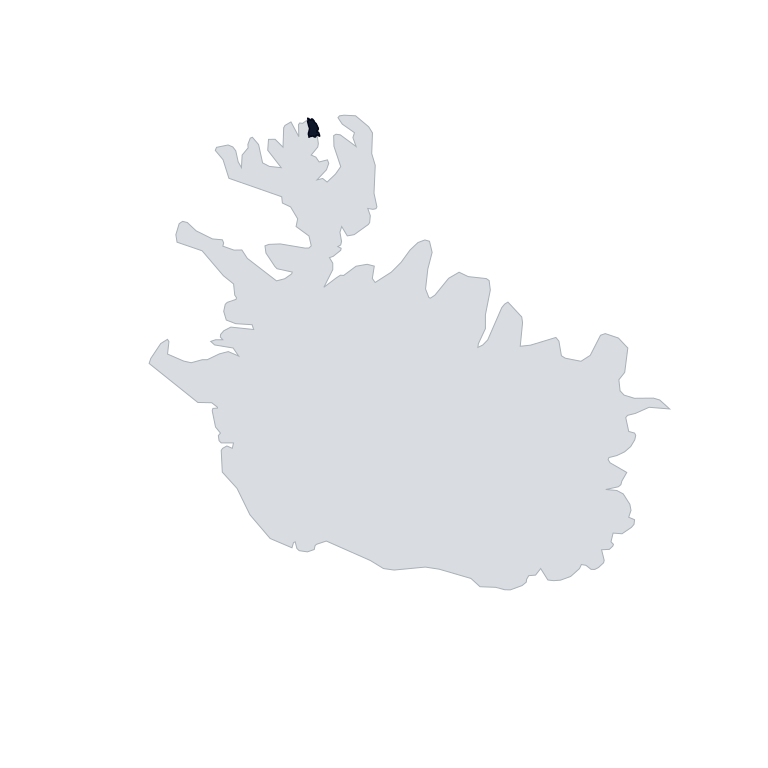 location of Bolungarvíkurkaupstaður, Vestfirðir, Iceland, rotated 42°
{"feature_id": "244011B6311767935335", "entity_name": "Bolungarvíkurkaupstaður", "entity_type": "district", "adm_level": 2, "iso_a3": "ISL", "parent_name": "Iceland", "parent_adm1": "Vestfirðir", "projection": "mercator", "projection_center": [-23.321, 66.137], "detail": "medium", "context": "in_parent", "style": "filled", "palette": "ink", "viewbox_px": 768, "rotation_deg": 42, "n_neighbors": 0, "source": "geoboundaries", "source_scale": "gbopen_adm2", "svg_char_len": 5416}
<svg xmlns="http://www.w3.org/2000/svg" viewBox="0 0 768 768"><g transform="rotate(42 384 384)"><path d="M564.0,231.1L569.9,231.6L579.6,227.1L593.7,214.2L599.6,211.4L613.0,211.4L596.6,223.9L590.5,237.6L586.0,244.3L586.1,247.2L597.6,255.5L603.1,252.8L605.5,253.8L607.7,257.7L609.2,265.4L608.2,273.4L604.9,281.4L600.4,288.1L601.1,290.2L604.7,291.3L623.6,287.3L625.7,297.0L627.4,300.3L626.9,303.6L619.4,314.0L628.2,307.4L635.3,305.6L647.2,308.9L652.1,312.6L655.0,319.3L661.0,317.2L663.7,321.0L663.8,325.0L661.1,336.0L654.0,341.5L658.3,349.4L661.8,349.6L662.5,351.4L662.1,356.1L656.6,361.6L665.6,367.7L666.8,369.9L666.2,376.9L664.7,380.8L661.9,383.2L655.4,383.6L651.5,386.1L652.8,390.4L651.5,402.1L646.4,411.7L641.6,416.7L636.9,420.0L623.9,416.3L624.5,424.6L619.8,429.6L620.7,433.8L622.3,436.0L621.5,441.4L615.6,452.5L611.4,456.1L603.0,460.4L591.0,470.4L578.8,470.3L548.9,484.7L537.2,492.4L516.0,515.5L507.1,521.5L492.0,524.3L446.2,539.3L441.1,548.3L440.9,550.2L442.9,553.7L439.4,560.0L432.5,564.6L429.3,564.5L423.6,560.7L422.9,562.5L425.2,567.3L402.8,575.0L371.9,570.9L344.6,559.9L322.8,557.7L307.5,542.3L307.1,539.9L308.7,535.2L314.3,533.3L311.6,528.5L302.4,536.7L299.4,536.5L295.4,533.2L295.3,529.9L287.6,528.7L274.2,518.8L273.2,516.6L276.4,513.3L275.8,512.7L268.5,513.2L258.0,522.3L195.7,525.9L193.6,521.1L191.0,503.3L193.2,495.7L195.8,496.4L203.1,506.6L219.8,501.0L226.5,497.2L232.8,487.4L236.4,484.2L241.5,471.8L246.6,464.1L257.3,460.5L247.8,458.2L232.0,468.3L226.7,468.3L229.2,463.9L234.6,459.0L230.9,458.6L229.4,456.4L229.3,451.7L232.1,444.2L250.7,430.7L246.3,428.2L233.4,438.4L224.0,442.0L216.3,437.3L212.7,431.0L212.9,428.2L217.4,420.1L216.7,418.6L213.6,417.8L205.3,410.3L192.2,411.0L159.7,406.7L135.3,417.1L129.4,412.3L124.5,401.9L125.5,397.9L129.8,395.6L141.8,395.9L159.4,391.0L167.4,385.0L170.5,386.5L172.0,389.4L182.9,384.9L188.7,379.5L198.4,382.1L235.1,379.3L239.8,372.2L241.7,363.9L240.9,362.2L227.4,369.9L224.3,369.7L208.7,365.7L203.1,361.0L205.0,357.3L213.2,349.3L234.3,335.9L237.2,333.2L237.5,330.0L229.2,324.2L213.3,325.8L209.3,319.0L196.1,314.9L187.4,317.5L182.7,313.3L131.1,334.9L114.3,325.0L102.3,323.3L101.2,320.2L108.2,310.7L113.0,309.0L117.8,309.9L127.0,316.5L133.3,318.6L125.4,308.8L125.0,299.4L122.5,297.0L120.1,290.8L121.1,288.7L130.6,290.0L145.8,300.9L153.2,299.0L162.9,292.0L141.2,288.1L134.5,279.5L139.3,275.0L150.5,275.6L138.0,260.7L137.4,258.1L139.5,251.5L155.2,257.2L146.9,248.4L146.7,246.4L149.1,244.8L150.3,239.3L154.2,237.2L162.1,239.0L174.4,249.3L176.2,252.2L176.7,262.6L181.5,261.0L187.2,262.4L192.0,255.3L195.3,257.0L197.9,263.3L197.6,277.2L200.9,272.3L206.6,272.0L207.5,260.6L206.4,251.4L187.7,240.8L180.4,233.1L181.2,230.5L184.8,228.1L204.4,226.2L196.0,221.7L193.9,217.0L179.1,218.8L171.6,216.9L171.5,214.5L174.4,211.0L183.4,203.7L200.5,203.1L207.4,205.1L220.7,221.0L231.2,227.4L248.9,248.9L260.2,257.1L260.7,259.1L258.9,261.6L254.5,264.4L261.2,268.1L265.3,273.6L265.6,276.0L261.9,293.0L257.6,298.5L247.2,295.3L249.7,300.7L257.1,306.5L258.8,309.7L257.7,312.8L261.3,311.8L262.4,313.6L260.8,323.2L258.9,326.6L265.1,328.5L269.4,333.3L274.6,352.4L277.4,337.7L278.8,332.3L281.4,330.3L284.4,315.2L291.4,306.3L297.9,302.9L304.7,313.4L309.5,314.5L314.6,295.9L315.3,282.2L313.7,267.0L314.6,256.1L318.0,249.6L322.3,247.5L331.7,254.0L339.6,269.2L351.3,285.6L359.5,289.7L361.0,289.2L362.4,283.9L361.3,262.2L365.0,250.7L374.8,247.8L389.5,237.2L392.9,236.8L400.1,243.0L413.1,264.8L422.3,275.0L427.2,291.0L429.3,294.0L431.3,289.0L431.6,281.9L420.4,248.4L420.2,243.9L421.3,240.2L441.5,242.0L446.0,245.8L460.0,264.8L466.9,257.1L480.6,234.4L485.3,235.1L496.9,244.3L501.5,243.5L515.2,235.3L518.1,224.7L512.3,202.9L514.7,198.5L527.4,193.0L541.1,194.1L555.1,214.3L555.7,223.7L564.0,231.1Z" fill="#d9dde1" stroke="#a8b0b8" stroke-width="1"/><path d="M170.2,242.9L170.0,242.6L169.7,242.4L169.6,242.2L169.4,242.2L169.2,242.1L168.7,241.7L167.8,241.2L167.5,241.1L167.3,240.9L166.8,240.8L166.7,240.9L166.5,241.1L166.2,241.3L166.2,241.2L165.7,241.2L165.4,241.0L164.9,240.7L165.1,240.4L165.1,240.2L165.1,240.4L164.9,240.6L164.8,240.4L165.0,240.3L164.9,240.3L165.0,240.1L165.3,240.2L165.2,240.1L164.9,239.8L164.8,239.4L164.7,239.3L164.7,238.8L164.7,238.6L164.2,238.1L163.8,237.9L163.7,237.7L162.7,237.4L162.3,237.2L161.7,236.8L161.3,236.8L160.7,236.5L159.3,235.9L158.5,236.0L157.8,235.9L157.3,235.9L157.1,235.8L156.7,235.7L156.3,235.6L156.0,235.4L155.8,235.2L155.7,235.2L155.3,235.2L154.1,235.0L153.6,235.1L153.3,235.1L153.2,235.2L152.9,235.4L152.8,235.7L152.7,236.0L152.8,236.2L152.9,236.5L153.0,236.9L152.9,237.0L152.7,237.2L152.4,237.4L152.2,237.5L152.0,237.4L151.6,237.3L151.2,237.3L150.8,237.1L150.5,237.1L150.3,237.2L150.1,237.3L149.9,237.4L149.6,237.6L149.9,238.0L150.7,238.4L151.2,238.8L151.3,239.0L151.4,239.7L151.4,239.9L151.5,240.0L155.2,242.5L157.2,243.6L157.7,244.0L157.8,244.1L158.2,244.7L158.6,245.5L159.4,246.8L159.5,247.1L159.7,247.6L160.1,248.3L160.3,248.5L160.5,248.6L160.7,249.0L160.8,249.1L161.3,249.2L161.8,249.8L162.2,249.9L162.6,250.3L162.9,250.6L163.0,250.4L163.5,250.2L163.4,249.7L163.5,249.3L163.8,248.9L163.9,248.7L164.1,248.6L164.5,248.4L164.7,248.1L164.8,247.7L165.0,247.2L165.5,247.2L165.8,247.1L166.3,247.1L166.7,247.1L167.4,246.7L167.6,246.5L167.7,246.3L167.8,246.1L167.8,245.9L167.5,245.1L167.5,244.9L167.4,244.6L167.5,244.4L167.5,244.1L167.6,243.9L167.8,243.7L168.8,243.2L169.1,243.1L169.6,243.2L170.2,242.9Z" fill="#0f172a" stroke="#020617" stroke-width="1.5"/></g></svg>